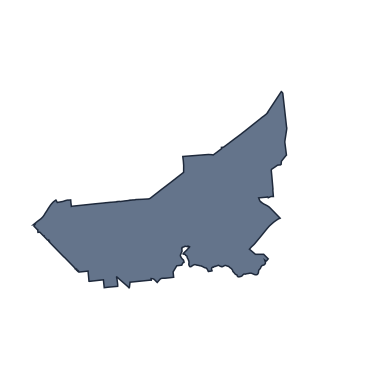 Canning, Western Australia, Australia, rotated 219°
{"feature_id": "25037944B2496866637958", "entity_name": "Canning", "entity_type": "district", "adm_level": 2, "iso_a3": "AUS", "parent_name": "Australia", "parent_adm1": "Western Australia", "projection": "orthographic", "projection_center": [115.903, -32.049], "detail": "fine", "context": "isolated", "style": "filled", "palette": "slate", "viewbox_px": 384, "rotation_deg": 219, "n_neighbors": 0, "source": "geoboundaries", "source_scale": "gbopen_adm2", "svg_char_len": 5922}
<svg xmlns="http://www.w3.org/2000/svg" viewBox="0 0 384 384"><g transform="rotate(219 192 192)"><path d="M215.9,57.8L215.5,58.0L205.6,68.0L200.0,62.4L196.8,65.7L193.8,68.6L193.5,68.9L190.4,71.9L190.9,72.6L191.7,73.5L192.8,74.6L195.5,77.1L196.8,78.1L197.0,78.5L197.7,78.7L194.1,78.6L193.9,78.5L192.6,78.5L184.3,78.2L182.1,78.1L180.6,77.9L180.6,78.4L180.8,78.9L181.0,79.1L183.4,82.9L169.0,97.2L168.5,97.6L168.2,97.8L169.3,99.0L167.7,100.0L166.9,100.2L166.4,100.3L165.6,100.2L162.1,99.8L162.0,103.1L161.9,104.0L161.9,104.5L161.8,104.8L161.5,105.3L161.2,105.8L160.9,106.1L160.2,106.8L158.8,107.9L155.0,111.7L152.6,114.2L155.9,117.5L156.4,118.1L157.4,125.1L153.9,128.7L154.2,129.7L154.4,130.7L154.4,131.2L154.4,131.4L154.0,132.0L154.0,132.4L154.0,132.6L154.3,132.7L155.0,133.1L155.4,133.6L155.6,133.7L155.8,133.7L156.0,133.8L156.1,133.7L156.6,133.7L157.3,133.9L158.0,133.9L158.6,134.1L159.1,134.3L159.6,134.4L159.7,134.6L159.8,134.6L160.0,134.6L160.3,134.7L160.7,135.0L160.9,135.1L161.2,135.5L161.3,135.7L161.5,136.2L161.6,136.9L161.8,137.1L161.9,137.4L162.0,138.3L162.3,138.8L162.4,139.4L162.5,139.7L162.5,139.8L163.8,141.0L163.9,141.4L164.0,141.5L164.4,141.5L164.7,141.9L164.7,142.0L164.6,142.3L164.5,142.6L164.7,142.9L164.5,143.2L164.2,143.6L164.0,143.8L163.8,144.3L163.6,144.5L163.5,145.1L163.1,145.6L162.8,145.8L162.5,145.9L162.4,145.9L162.2,146.1L161.5,146.6L160.9,146.7L160.8,146.9L160.7,147.2L160.9,147.5L159.4,148.0L159.3,147.8L159.3,146.0L159.4,145.4L159.5,144.9L159.5,143.6L159.9,140.7L159.9,140.3L160.1,138.8L160.1,138.5L160.0,138.3L159.8,138.2L159.6,138.3L158.2,139.2L157.6,139.1L157.2,138.8L156.9,138.8L155.8,139.0L155.1,138.7L154.9,138.4L154.5,138.0L152.3,137.1L151.8,136.7L151.1,136.4L150.1,135.5L149.0,133.8L148.7,133.6L148.1,133.1L147.6,133.0L147.2,132.7L146.9,132.6L146.5,132.7L146.1,133.0L145.8,133.3L145.7,134.0L145.4,134.6L145.0,136.0L144.9,136.3L144.1,137.4L142.9,138.0L142.6,138.0L142.3,138.2L140.1,139.4L139.2,139.7L138.5,140.3L137.8,140.4L137.3,140.6L134.7,141.1L133.1,141.8L132.9,141.9L132.1,141.7L131.4,141.5L130.2,141.0L129.7,140.8L129.6,140.6L129.4,140.5L129.2,140.5L128.5,141.4L128.3,141.7L128.1,141.7L127.8,142.1L126.9,143.2L126.8,143.3L126.9,143.5L128.2,144.2L128.6,144.8L128.9,145.7L128.9,145.8L128.7,146.4L128.6,146.7L128.0,147.0L127.9,147.2L127.9,147.7L127.7,148.3L127.2,148.6L127.1,148.9L126.9,149.1L125.6,151.3L125.3,151.7L125.0,151.8L123.0,152.1L122.7,152.3L122.5,152.5L122.4,152.6L122.1,152.7L121.8,152.6L121.5,152.9L121.2,153.4L120.8,154.3L120.2,155.6L120.0,155.8L119.6,156.1L119.2,156.3L118.0,156.6L117.1,157.1L116.8,157.2L116.3,157.2L115.3,157.1L113.3,157.2L112.1,157.0L111.6,156.9L111.3,156.7L110.4,156.1L109.8,155.9L108.6,155.8L107.5,155.5L106.8,155.4L106.3,155.4L104.9,155.8L104.5,155.6L103.9,155.2L103.4,155.1L102.8,155.1L102.5,155.3L101.9,155.8L101.6,156.2L100.8,157.2L100.7,157.5L100.3,158.4L100.3,159.8L100.1,160.7L99.8,161.1L99.5,161.3L98.7,161.9L98.1,162.9L97.7,163.3L97.0,164.0L96.5,164.7L95.7,165.5L95.1,166.0L94.3,166.4L91.4,167.2L90.8,167.5L90.2,167.9L89.7,168.4L89.4,168.9L89.3,169.2L89.3,169.7L89.4,170.2L89.5,170.8L89.8,171.4L90.1,171.9L90.6,172.6L90.8,173.1L90.9,173.7L90.9,174.1L90.8,174.8L90.9,176.0L91.0,176.5L91.2,177.0L91.3,177.5L91.3,178.3L91.2,179.0L91.0,179.4L90.3,180.3L90.0,181.1L89.9,181.5L90.1,182.5L90.2,183.0L90.6,183.4L90.9,183.8L91.4,184.1L92.3,184.6L92.6,184.8L92.4,184.8L92.1,184.8L91.9,184.8L91.2,185.0L90.9,184.9L90.7,185.8L90.7,188.0L97.1,188.7L103.5,183.5L111.4,183.7L111.3,185.8L111.3,186.7L111.1,188.0L110.8,190.1L110.7,191.6L110.6,201.2L110.6,211.3L110.5,213.9L110.4,214.8L109.9,217.9L109.5,220.1L108.7,223.1L107.9,225.5L107.4,226.8L107.1,226.8L107.0,227.1L111.9,227.7L120.4,228.7L122.5,228.9L123.7,228.8L124.6,228.7L125.8,228.5L128.5,227.9L129.3,227.8L130.2,227.7L131.0,227.7L131.6,227.8L131.7,227.5L133.0,227.7L133.8,227.9L134.6,228.3L136.0,229.1L136.5,229.4L136.3,229.6L130.6,235.1L130.5,235.5L130.4,235.6L130.1,235.6L129.9,235.8L129.5,235.7L129.1,235.5L128.3,237.2L128.0,237.8L127.7,238.2L127.2,238.7L125.9,239.7L126.2,240.0L131.0,245.0L130.9,245.2L139.5,254.1L144.2,258.9L144.4,259.9L143.2,263.8L142.4,266.7L141.7,267.4L140.8,268.3L140.5,268.5L140.3,268.9L140.1,269.5L141.9,272.2L141.9,273.1L141.9,279.9L141.8,280.1L151.4,289.3L152.5,291.1L158.1,300.7L158.5,301.2L158.8,301.6L159.2,301.8L183.1,325.4L183.4,325.7L183.8,325.9L184.1,326.1L184.5,326.2L185.8,326.2L184.4,311.9L183.4,301.4L183.1,301.4L183.1,300.6L183.2,300.2L183.3,299.2L184.1,295.7L184.4,294.8L188.2,277.5L188.5,276.1L190.8,266.1L191.2,264.5L191.8,262.2L192.2,260.7L195.3,248.2L195.5,247.5L195.7,246.7L196.0,246.2L196.4,245.7L196.6,245.8L197.2,245.2L196.3,244.4L196.6,243.0L198.8,234.2L200.5,233.2L202.0,232.1L202.7,231.6L204.0,230.4L221.5,213.8L220.6,212.9L218.3,210.7L215.1,207.3L210.9,202.0L215.1,183.9L217.3,174.9L220.5,160.9L220.7,160.4L220.9,160.0L221.2,159.6L221.5,159.2L226.1,155.0L231.0,150.7L231.3,150.1L233.4,148.2L233.6,148.1L233.7,147.8L234.6,146.9L234.7,147.0L235.4,146.3L235.3,146.2L236.6,144.8L238.8,142.6L239.6,141.7L241.8,139.4L242.3,139.2L243.6,138.0L244.3,137.3L244.2,137.1L248.4,133.1L249.2,132.4L251.4,130.2L252.1,129.6L253.0,128.6L253.9,127.7L254.6,127.0L258.9,122.8L264.3,117.4L266.5,115.2L276.6,105.1L276.7,104.9L279.8,107.9L280.3,108.5L281.3,109.5L281.8,109.0L282.9,107.9L283.2,107.8L283.9,107.1L284.2,106.7L284.9,105.8L285.5,104.8L286.4,103.4L290.1,99.1L292.7,100.1L293.0,99.1L293.5,97.2L293.7,94.7L293.7,92.7L293.3,88.3L293.0,86.4L292.7,83.0L292.4,81.2L292.3,79.6L292.3,78.4L292.4,77.5L292.6,75.9L293.6,72.1L294.7,66.7L293.6,67.8L293.5,66.8L293.3,66.0L288.4,65.4L288.2,65.6L286.3,63.7L285.0,65.0L279.7,64.4L279.3,64.8L278.8,64.3L273.9,63.7L273.2,64.5L272.2,63.5L271.7,64.0L271.1,63.4L270.8,63.3L250.7,60.9L250.1,61.0L236.7,59.4L234.7,59.0L234.5,58.8L234.0,59.3L233.4,58.8L232.9,59.3L232.2,58.6L231.6,59.1L231.1,58.6L230.6,59.1L230.1,58.5L229.5,58.6L223.0,65.1L218.8,60.8L215.9,57.8Z" fill="#64748b" stroke="#1e293b" stroke-width="1.5"/></g></svg>